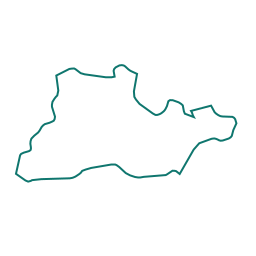 Sing Buri, Natural Earth projection, rotated 95°
{"feature_id": "THA-414", "entity_name": "Sing Buri", "entity_type": "Province", "adm_level": 1, "iso_a3": "THA", "parent_name": "Thailand", "parent_adm1": "", "projection": "natural_earth1", "projection_center": [100.34, 14.946], "detail": "fine", "context": "isolated", "style": "outline", "palette": "teal", "viewbox_px": 256, "rotation_deg": 95, "n_neighbors": 0, "source": "natural_earth", "source_scale": "10m", "svg_char_len": 1716}
<svg xmlns="http://www.w3.org/2000/svg" viewBox="0 0 256 256"><g transform="rotate(95 128 128)"><path d="M72.4,147.3L70.6,147.0L68.7,145.6L66.4,142.0L65.9,139.6L66.1,137.7L66.8,136.3L69.5,132.8L70.6,131.0L71.2,129.6L73.3,123.7L91.0,125.3L96.4,124.4L98.9,122.6L103.0,118.6L111.4,104.5L112.5,102.0L112.6,101.6L112.4,100.0L111.9,98.7L111.2,97.3L110.3,96.0L108.3,93.9L107.1,93.0L105.8,92.3L102.8,91.1L97.8,90.1L96.6,88.6L96.4,85.9L98.0,79.8L99.4,77.1L100.7,75.4L106.4,73.8L108.8,72.6L111.4,63.4L109.9,64.4L106.9,65.7L105.5,66.7L98.5,47.2L104.7,43.1L106.0,41.5L107.3,39.2L108.1,37.1L108.3,35.1L107.8,24.9L108.6,23.2L109.9,22.0L113.9,20.4L120.9,22.9L126.8,23.9L128.3,24.9L129.7,26.7L132.2,32.5L132.6,34.6L132.3,36.2L131.7,37.6L131.2,39.1L130.9,40.8L131.1,42.3L131.5,43.9L137.0,55.7L143.8,60.7L169.3,72.5L166.8,76.3L166.6,77.7L166.7,80.0L170.8,85.1L171.6,86.3L175.3,108.1L176.2,111.4L176.4,113.7L176.2,116.7L175.0,121.8L173.1,126.3L167.6,133.4L166.0,136.1L165.5,137.6L165.9,141.7L171.0,161.2L173.1,166.6L174.7,169.9L176.7,171.1L178.1,172.5L180.5,175.5L181.2,176.5L182.2,178.4L182.6,179.4L183.2,181.7L186.5,209.8L188.3,219.0L189.2,220.3L190.1,222.8L189.2,225.6L183.4,235.6L164.6,233.1L163.1,232.2L161.6,229.6L160.1,225.7L159.6,224.5L158.7,223.4L158.5,223.2L158.3,223.1L157.1,222.9L155.5,223.1L152.2,223.9L149.6,223.9L147.0,223.3L143.8,220.7L140.3,217.1L138.2,215.8L134.5,214.1L132.7,212.7L131.4,211.2L129.6,206.6L128.1,203.9L127.2,202.6L125.6,201.9L123.1,201.7L113.5,205.6L111.5,205.8L108.5,205.5L105.2,203.8L103.2,202.5L101.8,201.3L96.8,200.7L82.0,204.0L74.3,191.6L73.8,189.5L73.4,186.9L73.9,185.6L77.5,179.9L78.3,175.9L79.4,154.4L78.9,148.8L78.0,145.8L72.4,147.3Z" fill="none" stroke="#0f766e" stroke-width="2"/></g></svg>